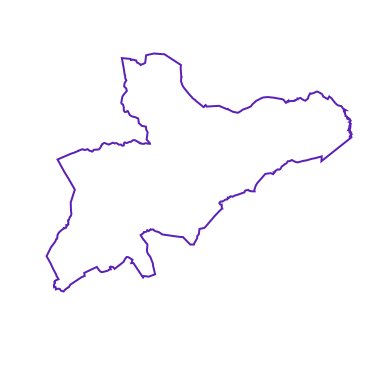 the district of Dunalkas pag., Durbes, Latvia, rotated 106°
{"feature_id": "27541924B30514454851640", "entity_name": "Dunalkas pag.", "entity_type": "district", "adm_level": 2, "iso_a3": "LVA", "parent_name": "Latvia", "parent_adm1": "Durbes", "projection": "albers", "projection_center": [21.324, 56.682], "detail": "fine", "context": "isolated", "style": "outline", "palette": "violet", "viewbox_px": 384, "rotation_deg": 106, "n_neighbors": 0, "source": "geoboundaries", "source_scale": "gbopen_adm2", "svg_char_len": 5849}
<svg xmlns="http://www.w3.org/2000/svg" viewBox="0 0 384 384"><g transform="rotate(106 192 192)"><path d="M197.8,330.2L207.7,320.4L213.3,314.3L222.0,305.3L235.4,305.7L242.4,303.5L246.6,301.8L248.5,301.9L249.7,302.6L250.9,302.5L252.8,302.7L253.0,303.2L253.3,303.2L254.2,303.1L255.5,302.3L256.5,302.4L257.2,301.9L258.2,302.5L258.1,302.9L258.5,303.7L259.8,303.1L260.1,303.3L261.1,303.3L261.3,304.1L262.0,304.4L262.0,305.3L262.5,305.3L265.9,307.8L268.0,308.9L270.4,309.4L273.8,308.8L274.5,309.0L274.7,309.5L277.4,309.8L284.0,312.3L293.8,314.1L299.2,308.6L304.3,304.2L308.7,299.9L309.8,299.3L312.6,296.3L315.1,299.3L316.1,299.5L316.4,299.5L316.5,298.8L317.4,298.6L319.1,299.2L321.5,298.4L320.8,297.5L321.0,296.9L323.1,296.0L322.0,294.4L321.6,292.9L321.7,292.3L323.0,290.7L323.0,288.0L321.1,287.3L318.1,285.0L318.2,284.9L317.3,284.1L314.7,283.5L304.1,274.5L302.3,272.0L299.5,273.3L290.3,262.9L293.3,259.0L294.0,257.1L293.5,255.7L290.9,251.3L289.6,250.4L288.7,248.8L286.9,250.3L286.1,249.6L286.0,247.2L287.2,245.2L278.0,238.5L274.8,237.9L272.5,236.9L272.2,235.4L273.5,230.5L277.1,230.7L276.4,228.8L287.7,215.5L286.6,215.1L286.2,215.4L285.7,213.3L285.4,210.4L281.3,204.8L273.4,209.2L271.4,210.0L266.0,214.1L265.2,215.0L263.7,217.2L261.2,219.1L255.0,220.3L254.4,220.7L253.0,222.9L252.2,223.7L251.0,225.8L247.6,229.5L244.9,227.3L243.8,227.2L243.5,226.2L242.6,224.8L241.0,224.5L241.5,222.8L239.4,221.5L239.7,221.2L238.7,219.2L239.8,216.7L239.7,214.8L239.8,212.4L241.0,208.9L239.1,195.2L238.4,190.8L237.8,188.1L238.5,187.1L243.0,179.1L241.9,175.6L240.7,175.7L235.1,174.3L233.0,174.8L230.8,173.8L225.4,174.6L223.2,170.3L221.9,169.5L208.9,163.6L202.6,160.3L199.8,158.7L199.6,158.3L198.4,159.2L196.7,159.7L196.5,159.9L196.3,160.7L196.1,160.6L196.2,161.0L195.9,161.8L195.2,162.6L194.3,162.5L193.1,161.7L192.9,160.2L190.2,157.8L189.7,156.9L189.4,156.0L189.2,155.9L188.6,156.0L188.2,155.6L187.5,155.9L187.5,155.7L187.3,155.5L187.3,155.1L187.1,154.5L186.5,154.1L185.9,154.2L185.5,153.7L185.3,151.5L183.8,150.2L182.9,148.6L177.9,141.5L177.4,141.6L175.9,141.2L174.5,138.6L174.7,137.9L175.1,137.2L174.9,135.9L175.0,135.2L174.1,132.0L173.0,132.6L171.8,132.6L168.5,132.5L165.7,131.8L154.8,126.7L154.4,126.5L153.4,124.3L152.3,121.9L152.2,120.8L152.5,119.0L151.0,118.3L150.4,118.9L149.6,117.7L149.0,117.8L146.7,116.0L146.4,114.2L145.5,113.4L142.7,112.7L140.0,110.6L139.7,110.6L139.5,110.2L139.0,109.6L137.8,108.9L136.1,108.4L136.0,108.0L135.0,106.1L133.8,105.0L133.8,104.5L134.1,103.4L134.6,100.5L134.4,98.6L130.9,92.7L130.3,91.1L126.8,85.5L125.7,83.2L122.0,77.1L126.7,76.1L95.5,53.8L95.0,54.1L95.7,54.6L95.3,55.0L95.3,55.6L94.8,55.5L94.8,55.1L93.1,54.6L93.3,55.0L93.2,55.3L92.7,55.3L92.2,55.6L91.4,55.5L91.6,56.0L91.0,56.1L91.3,56.8L91.1,56.6L90.9,56.8L90.5,56.4L89.8,56.8L90.3,57.2L89.7,57.4L89.7,57.8L89.2,57.7L88.4,58.2L88.7,58.6L88.3,58.5L87.7,58.7L87.5,58.3L87.7,57.8L87.4,57.5L87.0,57.6L87.3,57.7L87.3,58.0L86.9,58.2L86.6,57.9L86.3,58.4L85.8,58.7L85.3,58.3L84.9,58.6L84.6,58.0L84.2,58.3L84.4,58.6L83.9,58.8L83.5,58.8L83.5,58.3L82.8,58.2L82.8,58.8L82.6,58.9L82.6,59.1L81.2,59.4L81.2,59.8L80.8,59.4L80.1,59.3L80.2,60.0L79.7,59.3L78.7,60.1L79.1,60.8L79.0,61.3L78.7,60.8L77.7,61.9L78.2,62.9L77.6,62.9L77.4,63.2L77.5,63.6L76.9,63.8L76.6,65.4L75.8,65.5L74.7,66.5L73.7,66.7L73.0,67.8L72.4,67.5L72.3,68.2L72.2,68.4L71.8,68.4L71.0,67.4L70.9,67.0L70.4,68.8L70.6,69.0L70.3,69.7L69.2,70.9L68.3,72.3L68.5,75.3L67.9,77.2L65.9,80.5L65.2,81.2L64.8,82.1L63.5,83.5L62.6,85.8L62.4,86.4L65.3,87.1L64.1,92.2L63.2,92.8L62.2,93.9L61.5,95.9L60.9,99.1L61.2,99.9L63.4,102.4L64.8,104.8L64.6,105.2L64.6,105.6L68.3,106.4L70.1,106.2L73.0,108.2L72.9,109.7L72.5,111.5L71.7,113.5L71.8,114.0L73.1,115.7L73.4,115.9L73.3,116.2L73.7,116.1L73.7,116.3L75.0,117.6L75.1,117.9L75.3,117.8L75.7,118.3L76.0,118.4L76.3,119.0L76.3,119.3L76.7,119.9L77.1,121.6L78.1,123.6L77.8,123.9L78.0,123.9L78.1,124.5L78.5,124.6L78.3,124.8L78.7,125.1L78.6,125.3L79.5,125.6L80.4,126.2L78.0,129.7L77.9,131.0L78.7,138.1L78.6,138.3L79.5,143.3L79.7,144.8L81.1,148.7L82.1,150.5L86.6,155.3L91.0,158.1L93.5,159.0L96.5,162.5L96.8,163.1L98.8,165.9L100.9,167.5L103.2,169.7L103.6,174.7L102.7,179.5L102.2,180.4L102.8,181.0L101.7,189.7L105.8,201.3L104.9,202.4L104.7,203.0L106.6,203.7L107.2,204.2L103.2,213.7L102.9,213.8L102.2,216.0L101.5,217.5L100.6,218.6L99.4,220.8L95.9,225.9L93.5,229.2L92.1,230.6L88.7,233.0L84.1,234.1L84.0,233.9L83.7,234.2L75.9,237.1L73.0,237.6L67.2,256.4L69.2,265.8L69.2,266.4L72.6,272.8L73.3,273.8L80.7,272.6L82.0,273.8L83.4,275.7L84.1,276.3L83.4,277.4L82.9,279.3L82.7,280.6L81.7,281.5L81.0,281.7L81.0,285.0L82.0,287.1L81.0,287.7L82.6,296.3L93.4,291.0L97.7,289.1L98.0,288.6L100.5,287.7L101.5,287.2L102.7,285.9L106.0,286.8L109.0,286.4L109.4,286.1L110.6,283.8L112.7,282.5L117.5,284.6L119.6,285.2L125.7,284.6L126.5,283.9L127.0,282.4L129.4,280.9L132.5,280.0L133.6,278.4L133.3,277.6L132.1,276.5L132.0,275.9L135.3,272.9L135.9,270.2L135.7,266.7L136.0,265.8L136.0,264.4L136.6,263.7L140.5,262.1L141.5,259.8L142.3,258.6L141.9,254.9L141.9,254.3L144.4,253.4L146.0,251.8L147.0,251.1L154.0,250.1L156.8,245.9L157.2,245.7L157.7,247.7L157.7,248.9L158.1,250.5L159.0,251.5L159.4,253.3L159.3,254.5L159.0,256.2L159.3,256.1L158.4,258.9L158.0,260.8L158.1,262.2L158.6,263.1L160.6,264.6L161.2,266.1L162.9,268.2L163.0,268.6L162.8,269.8L162.9,270.3L164.0,270.9L165.9,270.4L166.5,271.1L166.7,271.8L166.6,272.1L166.0,273.5L166.6,275.1L166.6,275.6L165.9,277.4L165.9,278.3L166.7,280.0L166.4,281.3L166.6,281.9L169.3,285.0L169.3,285.9L169.0,289.5L169.1,289.9L169.5,290.5L170.3,290.9L170.8,291.6L171.7,291.6L172.5,292.1L173.2,292.0L175.5,292.6L176.8,293.4L177.5,295.1L177.6,295.8L178.0,296.4L178.3,297.7L178.7,298.2L180.5,298.8L180.7,299.2L180.4,300.5L180.6,301.7L180.5,302.2L179.6,304.0L179.6,304.3L180.8,305.8L181.3,307.2L181.0,309.0L183.4,312.3L183.5,312.2L186.5,315.9L188.4,318.7L197.8,330.2Z" fill="none" stroke="#5b21b6" stroke-width="2"/></g></svg>